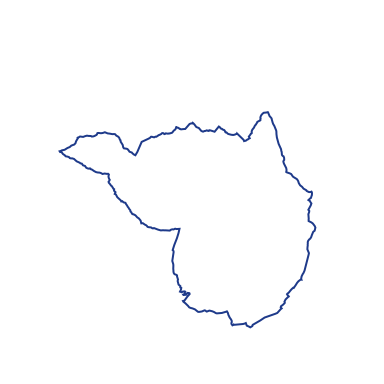 Campani, Bihor, Romania, rotated 206°
{"feature_id": "2599482B94404645511212", "entity_name": "Campani", "entity_type": "district", "adm_level": 2, "iso_a3": "ROU", "parent_name": "Romania", "parent_adm1": "Bihor", "projection": "albers", "projection_center": [22.559, 46.517], "detail": "fine", "context": "isolated", "style": "outline", "palette": "blue", "viewbox_px": 384, "rotation_deg": 206, "n_neighbors": 0, "source": "geoboundaries", "source_scale": "gbopen_adm2", "svg_char_len": 5996}
<svg xmlns="http://www.w3.org/2000/svg" viewBox="0 0 384 384"><g transform="rotate(206 192 192)"><path d="M158.7,297.0L159.2,296.8L159.9,296.1L162.2,294.7L162.8,293.6L163.3,291.9L163.4,290.9L163.4,290.0L163.1,288.7L162.5,288.0L162.5,287.4L162.0,286.6L162.2,286.0L162.5,285.8L163.1,284.9L164.0,283.7L163.9,282.8L164.1,281.6L164.1,280.6L164.4,279.9L164.6,278.5L164.5,277.1L165.1,274.5L165.0,272.8L164.2,271.3L164.1,271.0L164.7,270.1L164.6,269.6L165.2,266.7L163.7,265.6L164.2,265.0L164.8,263.8L165.2,263.5L166.0,261.9L166.7,261.2L167.1,261.0L167.5,260.6L168.5,261.5L177.1,264.3L177.0,263.9L178.0,263.2L178.6,262.4L180.1,261.2L181.0,261.0L181.6,260.7L184.6,260.1L185.5,260.1L187.2,260.7L187.8,260.3L188.2,260.4L189.5,261.5L190.0,261.7L190.5,261.8L191.0,261.6L191.6,261.7L192.2,261.6L192.7,261.9L193.9,261.7L195.6,262.5L196.6,262.6L198.1,256.1L202.6,255.4L203.5,255.1L203.5,254.5L203.8,254.2L204.2,254.0L205.7,253.9L206.8,252.7L207.5,252.3L208.4,251.2L209.0,251.0L210.5,251.0L213.9,252.5L216.6,252.3L219.5,253.8L220.9,254.3L221.7,254.5L221.8,253.7L222.7,253.4L224.0,252.1L225.7,245.7L227.3,244.8L229.3,243.5L230.1,243.5L230.1,243.4L230.7,243.3L232.4,243.7L233.5,243.3L234.3,243.6L234.6,243.5L234.4,241.3L234.5,240.7L235.3,239.2L235.7,237.2L236.0,236.4L237.0,235.5L237.3,235.3L237.7,234.8L238.3,234.6L239.1,233.9L241.3,233.2L241.8,232.2L242.3,231.9L243.3,232.3L243.8,232.2L244.6,231.9L245.1,230.6L245.9,229.6L246.1,229.2L246.7,228.7L247.2,228.0L247.3,227.6L248.3,226.0L249.0,225.8L249.6,225.1L249.7,224.8L250.1,224.5L252.5,224.0L253.1,223.6L253.4,222.5L253.7,221.9L254.0,221.6L254.1,221.3L259.2,215.0L258.7,204.1L259.0,200.2L260.5,200.2L262.3,200.6L263.4,201.1L265.8,200.8L267.2,201.6L268.8,202.3L269.8,202.2L272.3,201.4L273.3,201.9L275.0,204.0L278.1,205.9L279.0,207.2L279.6,207.3L281.1,208.7L281.8,209.1L282.8,209.4L284.8,209.5L286.3,210.2L287.3,210.0L288.9,209.1L291.5,208.4L293.5,207.7L296.5,207.5L298.1,205.9L299.6,204.9L301.9,204.1L302.8,203.5L302.7,202.2L302.9,201.3L303.7,200.4L303.9,199.9L305.1,198.7L306.4,197.9L307.4,198.0L309.7,197.0L311.1,196.6L312.6,195.3L314.0,193.8L316.9,192.8L317.2,192.5L317.4,192.0L317.9,191.4L318.3,191.1L318.6,190.6L318.1,190.1L318.3,189.2L318.3,188.5L318.4,187.6L318.4,186.3L318.1,185.0L318.6,183.1L320.8,180.8L321.6,178.8L323.2,177.0L325.0,174.1L327.2,172.4L328.0,171.3L328.8,170.6L328.0,170.1L327.3,170.5L326.6,170.6L324.7,169.6L322.2,169.2L321.3,168.7L319.1,169.3L317.7,169.4L316.7,168.9L315.4,169.2L314.5,169.7L312.6,170.0L309.1,169.0L305.7,169.1L304.9,168.8L303.4,169.2L301.7,168.2L299.6,168.5L297.6,167.4L295.7,167.5L294.9,167.8L294.1,168.5L293.6,168.5L293.2,168.1L291.7,168.3L289.3,167.9L287.0,167.8L285.3,168.2L283.6,168.9L282.2,169.1L280.3,169.0L278.6,170.3L276.4,171.0L275.4,171.6L274.4,171.3L273.9,169.4L273.1,168.3L272.0,167.3L271.3,166.9L271.2,166.1L271.5,164.7L270.9,163.9L268.8,163.0L267.7,162.3L266.6,162.1L263.9,160.4L263.2,160.4L262.7,159.1L262.3,158.8L260.7,158.3L260.6,156.4L259.3,156.4L256.9,154.6L252.3,153.2L251.4,152.5L250.7,153.2L249.0,152.7L247.1,153.1L245.8,152.1L244.4,151.4L243.4,150.6L242.2,150.1L241.3,149.4L239.4,148.5L238.8,147.5L237.5,147.1L236.5,146.2L235.2,146.1L234.7,146.4L233.7,146.2L233.1,146.3L232.5,146.2L230.1,145.2L228.3,145.0L225.7,143.8L223.8,141.6L222.6,142.4L219.9,142.0L218.5,142.0L217.6,141.7L216.7,141.2L215.5,141.4L213.3,142.2L211.7,142.0L210.9,142.3L210.4,142.9L206.0,143.3L203.2,143.8L201.7,144.7L198.4,146.2L195.0,147.6L194.6,148.6L193.4,149.8L192.1,150.3L191.1,151.6L189.7,151.9L187.1,153.4L186.1,149.1L185.3,143.9L184.7,136.7L183.9,131.3L183.1,131.1L182.6,130.6L182.2,130.0L179.5,121.4L177.2,118.9L176.5,117.7L175.2,114.8L174.1,113.0L173.7,112.2L172.9,111.2L172.2,110.7L171.2,110.5L169.9,110.7L168.9,110.5L168.4,109.5L166.2,107.2L166.2,106.8L165.8,105.6L163.5,102.9L161.2,102.3L160.7,101.1L159.6,101.1L159.1,99.4L159.1,97.2L157.2,97.4L156.6,98.5L154.9,99.5L154.3,99.3L154.5,98.5L154.2,97.9L153.8,97.6L153.9,97.2L154.9,95.9L154.5,95.7L152.7,96.8L152.1,97.3L152.2,98.3L151.7,99.4L150.3,99.9L149.8,99.8L149.4,99.2L150.3,96.0L151.2,91.1L152.3,90.1L151.6,89.6L149.2,89.1L145.6,87.9L143.9,87.1L142.4,87.2L140.5,87.6L137.9,87.8L134.4,87.0L133.8,87.0L132.8,87.5L130.7,89.0L128.9,91.1L128.0,91.3L126.8,91.0L126.3,91.0L124.5,92.9L124.2,93.1L121.4,93.7L119.5,93.8L117.6,93.6L116.8,93.7L115.6,94.3L112.1,96.4L108.6,99.6L108.3,100.0L106.8,99.1L105.4,97.5L104.6,96.8L104.1,96.6L103.6,96.0L102.8,95.5L101.1,94.6L99.9,93.7L99.2,92.5L99.2,92.3L99.2,91.7L98.8,90.8L97.2,89.9L96.5,90.7L96.4,91.2L95.9,91.1L88.3,95.7L87.0,96.8L86.2,97.8L84.2,95.9L82.0,96.0L80.3,95.9L79.0,97.9L79.2,99.2L74.3,106.5L71.7,111.0L63.7,119.1L62.3,120.7L60.9,125.7L60.4,126.7L61.7,127.2L61.9,128.4L60.9,130.3L60.0,132.8L60.2,133.4L60.8,133.9L60.8,136.3L60.6,137.0L59.6,139.8L59.2,140.5L59.8,140.9L60.9,141.2L61.8,141.8L61.6,142.6L60.9,144.0L60.5,145.9L59.9,148.2L59.4,149.5L59.0,150.4L58.5,150.4L58.0,153.6L57.7,156.5L57.2,158.5L55.9,161.0L55.2,161.2L55.9,162.0L56.5,164.2L56.5,165.5L56.5,166.7L56.3,168.1L56.4,170.7L59.7,186.7L60.1,188.3L63.2,191.1L64.1,193.3L64.5,194.6L65.1,195.7L65.3,196.4L66.0,197.7L66.2,198.9L65.9,200.7L65.3,201.9L65.1,203.6L65.4,206.0L65.6,209.3L64.8,211.0L65.5,214.1L66.9,215.3L69.7,216.7L71.4,217.0L74.4,217.0L75.0,218.1L75.4,219.2L77.7,223.1L77.9,225.2L78.3,226.4L79.6,227.0L79.4,232.1L79.7,234.1L81.0,234.7L81.8,235.5L83.8,235.8L82.8,238.5L82.5,238.8L82.8,240.7L82.9,241.8L83.7,243.7L84.3,244.4L84.8,244.7L85.5,243.9L86.9,243.2L89.4,243.2L90.0,243.7L93.2,243.9L95.3,244.9L97.7,245.4L99.9,246.8L101.4,248.4L103.0,249.4L103.7,249.6L106.8,249.9L108.1,250.1L110.7,251.6L112.3,251.6L115.5,251.2L116.1,251.3L116.4,252.5L116.8,253.4L117.8,254.8L121.9,257.9L123.2,259.3L123.4,260.4L123.2,261.2L123.3,261.5L124.2,263.1L125.4,264.2L126.2,264.2L126.8,264.4L127.4,264.8L127.7,265.2L129.0,267.4L129.7,268.0L130.7,269.5L135.3,273.3L139.6,278.2L141.5,281.1L142.6,283.2L143.3,284.2L147.0,287.5L148.7,288.6L149.9,289.7L152.2,292.3L152.7,293.0L153.7,293.5L155.5,294.2L158.7,297.0Z" fill="none" stroke="#1e3a8a" stroke-width="2"/></g></svg>